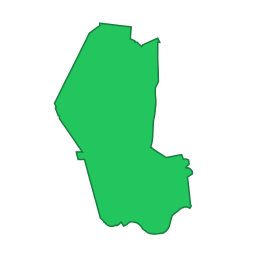 outline of Saravale, Timis, Romania, rotated 191°
{"feature_id": "2599482B63944101877376", "entity_name": "Saravale", "entity_type": "district", "adm_level": 2, "iso_a3": "ROU", "parent_name": "Romania", "parent_adm1": "Timis", "projection": "robinson", "projection_center": [20.709, 46.077], "detail": "fine", "context": "isolated", "style": "filled", "palette": "green", "viewbox_px": 256, "rotation_deg": 191, "n_neighbors": 0, "source": "geoboundaries", "source_scale": "gbopen_adm2", "svg_char_len": 4009}
<svg xmlns="http://www.w3.org/2000/svg" viewBox="0 0 256 256"><g transform="rotate(191 128 128)"><path d="M175.7,225.5L175.6,224.7L175.3,223.6L175.3,223.3L175.3,223.2L175.5,222.9L175.8,222.6L176.8,221.5L178.6,219.6L180.3,217.7L181.8,216.0L183.4,214.4L184.1,213.6L184.2,213.2L184.7,211.2L185.2,209.4L185.7,207.4L186.2,205.6L186.6,204.2L187.0,202.6L187.6,200.6L188.1,198.5L188.7,196.5L189.2,194.7L189.7,192.6L190.3,190.7L190.8,188.8L191.4,186.7L191.9,185.1L191.9,184.9L192.5,182.9L193.0,180.9L193.6,178.9L194.1,176.9L194.4,175.8L194.6,175.0L195.3,172.8L195.8,171.0L196.1,170.3L196.2,170.1L196.2,169.9L196.1,169.6L196.1,169.4L196.6,167.9L197.1,166.0L197.8,163.9L198.4,161.8L199.0,159.8L199.4,158.1L200.0,156.0L200.4,154.4L201.0,152.4L201.5,150.3L202.2,147.5L203.3,143.6L204.4,139.8L204.9,138.2L204.6,137.9L204.2,137.5L203.1,135.7L202.4,134.8L202.5,134.6L203.0,133.7L203.0,133.4L202.2,132.3L200.8,130.0L199.6,128.3L199.4,127.9L199.2,127.6L199.1,127.3L199.1,127.1L198.8,126.9L197.9,126.5L197.5,126.4L197.1,124.3L193.1,120.1L191.1,118.3L189.2,116.4L187.1,114.4L185.3,112.6L183.5,110.8L181.2,108.6L179.7,107.1L178.4,105.8L176.9,104.3L175.1,102.5L173.1,100.5L171.7,99.2L169.7,97.2L168.2,95.7L169.8,95.6L170.4,95.4L172.7,94.9L174.2,94.6L173.8,93.8L173.4,92.9L173.0,91.9L172.6,91.1L172.2,90.2L171.7,89.3L170.9,87.6L170.2,87.8L170.0,87.7L167.1,88.3L164.7,88.9L164.3,88.0L163.5,86.3L162.5,84.4L160.9,81.1L159.9,79.0L158.5,76.0L157.6,74.3L156.8,72.8L156.7,72.4L155.8,70.5L155.2,69.4L154.2,67.4L153.4,65.8L152.6,64.1L151.6,62.1L150.6,60.1L149.7,58.3L148.9,56.6L148.5,55.7L148.4,55.5L148.1,55.0L147.5,53.7L146.6,52.0L145.6,50.0L144.6,48.0L143.9,46.5L143.1,45.0L142.7,44.0L142.2,43.0L141.6,41.8L141.1,40.7L139.8,38.2L139.0,36.5L138.6,35.7L138.3,35.1L138.0,34.4L136.7,33.6L136.0,33.1L134.2,32.0L134.0,31.8L133.8,31.2L133.5,30.9L132.7,30.7L130.4,29.2L128.4,28.4L127.1,28.2L125.4,28.4L125.2,28.4L124.1,28.6L123.5,29.0L123.0,29.3L122.5,29.6L121.8,29.9L121.2,30.2L120.7,30.5L120.6,30.4L120.6,30.1L120.3,30.0L120.1,30.1L120.0,30.3L119.9,30.4L119.8,30.5L119.7,30.6L119.4,30.8L119.2,30.9L119.2,31.1L119.2,31.3L118.6,31.6L118.6,31.8L118.5,32.0L118.4,32.1L118.1,32.3L117.9,32.5L117.7,32.6L117.7,33.0L117.5,33.3L117.3,33.6L117.1,33.9L116.8,34.1L116.7,34.3L113.5,30.8L110.9,32.9L108.8,35.6L107.4,36.5L104.8,36.8L101.4,36.6L99.0,35.7L96.7,34.2L94.3,31.7L88.4,28.9L86.1,28.6L82.2,28.8L76.6,30.5L73.3,31.7L70.9,34.1L69.2,37.3L68.7,39.8L68.1,49.9L66.7,52.1L64.0,55.1L60.7,59.1L57.7,61.1L55.1,61.7L52.6,61.3L52.0,61.0L51.2,62.9L51.1,63.2L51.1,63.4L51.4,64.0L52.2,65.2L52.8,67.2L54.3,72.2L55.9,77.2L57.4,82.2L59.0,87.3L60.2,91.0L60.0,91.3L59.0,92.4L56.1,95.2L56.1,95.3L56.3,96.8L56.7,97.6L57.1,98.2L58.7,99.5L59.8,100.0L61.7,100.4L62.0,100.4L62.9,99.9L63.5,100.0L63.6,100.4L62.8,102.2L62.5,102.6L61.4,103.5L61.2,103.9L61.1,104.2L61.1,104.4L61.8,105.9L61.8,106.4L61.9,106.9L62.1,107.4L62.5,108.0L62.9,108.3L63.7,108.5L64.4,108.6L64.9,108.6L65.3,108.5L66.0,108.4L66.3,108.4L66.9,108.2L67.4,108.0L68.0,108.5L68.3,108.9L70.2,112.0L74.6,110.5L77.0,109.4L81.7,107.5L84.8,106.3L85.4,106.5L91.6,109.0L94.3,110.0L98.3,111.6L100.3,112.7L101.2,113.2L101.4,113.3L102.0,113.3L101.9,114.7L101.8,117.8L101.8,119.2L101.8,120.3L101.8,120.9L102.0,121.2L101.9,122.2L102.2,124.5L102.9,129.6L103.0,130.0L103.2,131.2L103.8,135.7L104.4,139.9L104.4,141.1L104.3,144.7L104.3,145.7L104.4,146.1L104.4,146.4L104.7,150.8L104.9,152.1L105.0,154.2L105.0,154.6L105.5,158.2L105.8,159.7L106.0,160.4L106.2,161.4L106.8,163.5L107.0,164.1L107.7,166.5L108.8,172.7L107.0,179.5L107.7,182.5L108.0,183.7L108.8,187.6L110.1,193.5L110.3,194.1L111.5,199.1L112.6,204.5L114.1,212.4L115.2,217.8L113.2,218.1L114.1,219.4L116.0,221.8L124.3,216.0L129.1,212.6L130.1,210.5L134.9,213.4L135.0,213.6L135.0,213.8L135.9,213.8L137.4,213.5L137.7,214.7L141.6,215.7L142.8,215.9L143.1,219.0L143.4,221.1L143.7,223.6L144.1,227.8L147.4,227.6L152.0,227.2L158.4,226.7L159.3,226.7L160.0,226.6L163.1,226.4L169.0,226.0L169.2,225.9L175.0,225.5L175.7,225.5Z" fill="#22c55e" stroke="#15803d" stroke-width="1.5"/></g></svg>